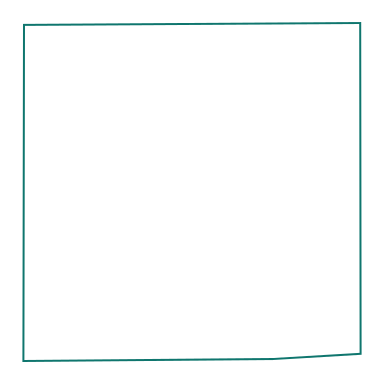 outline of Garza, Texas, United States of America
{"feature_id": "52423323B20011668612695", "entity_name": "Garza", "entity_type": "district", "adm_level": 2, "iso_a3": "USA", "parent_name": "United States of America", "parent_adm1": "Texas", "projection": "robinson", "projection_center": [-101.32, 33.179], "detail": "fine", "context": "isolated", "style": "outline", "palette": "teal", "viewbox_px": 384, "rotation_deg": 0, "n_neighbors": 0, "source": "geoboundaries", "source_scale": "gbopen_adm2", "svg_char_len": 194}
<svg xmlns="http://www.w3.org/2000/svg" viewBox="0 0 384 384"><path d="M23.4,361.0L273.0,359.0L360.6,353.8L360.2,23.0L24.0,24.9L23.4,361.0Z" fill="none" stroke="#0f766e" stroke-width="2"/></svg>